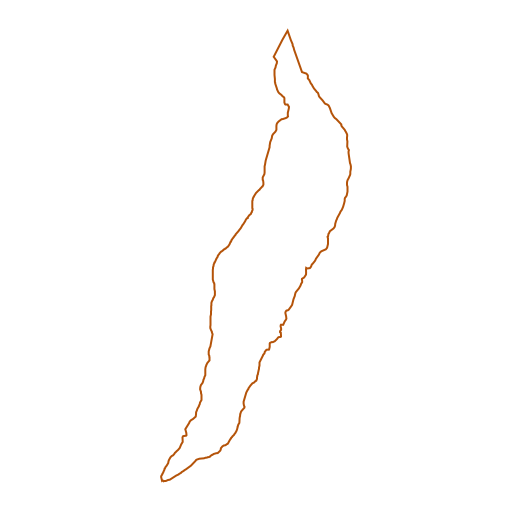 the district of Poas, Alajuela, Costa Rica
{"feature_id": "36466004B26047404335903", "entity_name": "Poas", "entity_type": "district", "adm_level": 2, "iso_a3": "CRI", "parent_name": "Costa Rica", "parent_adm1": "Alajuela", "projection": "equal_earth", "projection_center": [-84.237, 10.106], "detail": "fine", "context": "isolated", "style": "outline", "palette": "amber", "viewbox_px": 512, "rotation_deg": 0, "n_neighbors": 0, "source": "geoboundaries", "source_scale": "gbopen_adm2", "svg_char_len": 6083}
<svg xmlns="http://www.w3.org/2000/svg" viewBox="0 0 512 512"><path d="M287.6,30.7L282.5,39.6L273.7,56.8L277.0,61.4L276.8,63.3L275.9,65.5L275.5,67.5L274.5,69.7L274.5,75.0L274.9,79.1L274.9,82.1L275.2,82.7L275.2,83.5L276.9,88.6L277.0,89.3L278.3,92.1L279.3,93.3L281.5,95.0L282.3,96.0L284.1,97.4L284.4,98.2L284.4,102.5L285.0,104.1L285.4,104.5L287.6,104.5L289.0,106.9L288.8,108.6L287.8,112.8L287.8,115.3L288.0,116.4L287.2,117.3L286.0,118.0L282.7,119.1L281.6,119.2L278.6,121.5L277.7,122.5L277.0,123.4L276.6,124.5L276.4,126.0L276.4,129.7L276.2,130.3L275.3,131.8L273.1,134.1L272.2,135.6L271.7,138.4L270.2,142.1L269.6,145.8L269.6,147.2L265.7,160.5L265.0,164.7L264.6,166.3L264.6,172.4L264.4,174.1L262.7,177.4L262.7,179.9L263.0,180.2L263.2,181.1L263.4,182.9L263.4,184.7L262.5,186.5L262.1,186.6L261.3,187.6L260.2,188.7L259.4,189.9L259.0,190.0L256.0,193.0L254.0,196.2L253.9,196.7L253.5,197.0L252.8,198.7L252.6,200.4L252.3,200.9L252.3,208.2L252.6,208.7L252.6,209.9L251.9,211.4L251.9,212.0L251.3,212.7L251.0,213.8L249.1,215.4L247.7,217.5L247.7,218.1L246.9,218.3L245.9,219.6L245.1,221.3L243.0,224.6L242.6,224.9L240.8,228.1L238.8,230.6L238.6,231.0L235.5,234.5L235.4,235.1L234.3,236.2L233.8,237.1L233.4,237.4L233.2,237.9L232.5,238.6L232.0,239.6L231.6,239.9L231.1,241.4L230.7,241.6L230.6,242.2L230.3,242.4L229.5,244.4L227.9,246.7L226.7,247.5L225.5,248.7L225.1,248.7L224.7,249.1L223.9,249.4L223.3,250.2L222.9,250.3L222.6,250.7L221.5,251.5L221.1,251.6L219.5,253.4L219.3,253.9L218.2,255.2L217.7,256.1L217.7,256.7L216.3,258.8L216.2,259.4L215.9,259.8L215.5,260.8L214.8,262.3L214.4,262.5L214.4,263.1L213.7,264.4L213.5,266.1L213.3,266.4L213.0,267.6L213.0,268.8L212.8,269.7L212.8,279.5L213.6,282.4L214.2,283.2L214.2,283.8L214.4,284.1L214.4,289.0L214.9,291.4L214.9,295.1L213.9,297.4L213.3,298.1L212.8,299.7L211.9,301.3L211.4,302.9L211.4,305.4L211.2,305.9L211.2,310.2L211.0,311.3L211.0,314.3L210.5,316.6L210.5,325.2L210.3,326.3L210.3,328.1L211.0,330.0L211.9,331.8L211.9,332.4L212.6,334.2L210.4,346.4L209.5,348.3L208.7,351.4L208.7,354.5L209.3,355.8L209.3,357.0L209.5,357.2L209.5,360.4L207.4,362.9L206.2,365.3L206.2,365.7L205.6,367.1L205.3,369.3L205.3,375.2L204.4,377.1L204.1,378.5L203.5,379.6L203.1,381.5L202.5,383.0L200.9,385.1L200.3,387.0L200.1,389.3L201.0,391.9L201.0,393.1L201.5,394.9L201.5,400.0L200.0,402.6L199.7,404.3L199.3,404.9L199.0,406.0L198.8,406.1L198.5,407.0L197.9,407.9L197.2,409.3L196.9,410.4L196.1,412.2L196.0,414.5L195.7,416.6L193.0,419.0L191.0,420.2L190.2,421.0L189.5,422.0L189.2,422.9L185.3,429.2L186.3,432.9L186.5,435.2L186.1,435.7L183.2,436.1L182.8,436.7L182.5,437.3L182.7,441.9L181.2,444.4L179.7,448.0L178.0,450.0L176.6,451.2L175.5,452.4L175.0,452.7L174.3,453.9L173.1,455.3L171.6,456.1L170.4,457.4L168.9,460.1L168.5,461.3L168.2,463.1L166.5,465.9L165.6,466.9L164.9,468.5L164.6,468.6L164.3,470.0L163.5,471.6L163.2,472.6L162.4,473.7L162.3,474.4L161.4,475.7L161.1,476.9L162.0,480.6L162.2,480.4L162.7,480.4L163.5,481.3L164.4,481.0L165.8,481.0L168.0,480.0L169.8,479.7L176.3,475.5L178.7,474.4L179.0,474.0L181.1,472.8L181.6,472.1L183.7,470.9L184.4,470.2L185.7,469.5L190.9,465.7L195.5,460.9L196.0,460.1L196.8,459.6L199.5,458.7L204.0,458.3L205.7,457.7L206.7,457.7L208.0,457.1L208.9,457.1L210.2,456.5L210.4,456.0L212.0,454.9L212.4,454.9L213.6,454.0L216.3,453.2L217.7,453.1L220.2,450.7L220.7,449.7L220.9,448.2L222.5,446.3L224.0,445.4L224.9,445.4L226.1,444.8L226.7,444.2L227.6,443.9L228.1,443.2L229.6,440.4L230.6,438.8L231.0,438.5L231.1,437.9L232.1,437.0L232.3,436.5L234.0,434.9L234.4,434.1L235.3,433.1L235.5,432.5L236.1,431.7L237.0,429.6L237.5,427.6L237.5,427.0L237.8,426.7L237.8,426.1L238.2,425.1L238.3,424.5L239.2,423.3L239.4,422.4L239.6,418.2L239.9,416.5L240.1,416.0L240.1,414.8L240.3,414.3L240.3,413.7L240.5,413.4L241.0,411.8L241.5,411.0L244.4,407.7L244.5,406.6L244.0,405.8L243.6,403.5L243.6,401.7L246.3,392.5L247.8,389.6L248.2,389.4L248.5,388.3L250.4,385.6L252.4,383.3L254.1,382.5L255.4,381.1L256.2,380.8L256.4,380.5L256.5,379.9L257.0,378.9L257.0,377.1L257.2,376.6L257.3,375.4L257.9,374.3L257.9,373.7L258.7,369.9L259.0,368.9L259.0,367.7L259.5,365.5L259.5,362.4L263.1,355.2L263.2,354.7L264.4,353.5L264.8,351.8L265.3,351.3L265.8,350.4L266.8,349.7L268.9,349.7L269.1,349.4L269.7,346.9L269.7,343.6L269.9,343.0L271.6,342.1L272.9,342.1L274.8,341.2L277.2,338.8L278.0,337.6L278.8,337.1L280.3,337.0L281.0,336.6L281.0,335.7L280.8,332.7L280.1,332.3L280.0,332.1L280.1,331.1L280.7,330.5L281.1,329.8L281.1,328.3L280.6,326.4L280.7,325.2L281.0,324.7L283.2,324.8L284.7,321.4L286.0,319.6L286.4,318.6L286.1,316.2L285.4,313.2L285.4,312.4L285.7,311.6L286.3,310.7L286.9,310.4L287.7,310.4L288.7,309.7L290.9,306.7L292.1,304.9L293.5,299.2L294.8,295.9L295.0,294.7L295.5,292.8L296.0,291.9L298.9,288.4L300.5,285.6L301.3,283.4L302.0,282.6L302.2,281.9L302.1,280.4L301.9,279.7L302.0,278.8L304.1,277.5L306.0,274.6L306.1,272.7L306.0,269.2L306.2,267.9L307.1,268.5L309.9,268.1L310.8,267.0L311.2,266.2L311.8,264.5L312.6,263.8L314.8,261.1L315.5,259.9L315.9,258.8L318.9,254.6L319.8,252.7L321.3,251.3L325.9,249.3L327.1,247.7L328.0,244.0L328.0,238.2L327.7,237.7L327.6,236.7L328.0,236.5L328.5,233.8L328.9,233.4L329.9,231.2L333.6,228.4L334.7,226.8L335.1,225.4L335.2,223.9L336.2,220.5L336.8,219.3L337.3,217.8L340.0,212.9L340.5,211.6L341.7,210.0L342.3,208.7L343.1,206.8L344.1,203.4L344.7,200.9L344.7,198.9L345.1,197.7L345.9,196.8L346.7,195.5L347.5,191.6L347.5,186.8L347.0,185.0L347.0,182.7L347.2,181.3L347.8,179.6L348.4,178.7L350.1,174.9L350.3,174.0L350.3,171.7L350.8,169.3L350.9,168.1L350.9,166.3L350.5,164.4L350.0,163.1L348.6,153.5L348.5,151.8L348.9,150.1L347.9,148.5L347.2,146.6L347.4,141.4L347.0,139.4L347.0,137.2L347.2,135.9L347.1,134.4L346.0,132.1L345.4,131.2L344.7,129.8L341.7,126.3L341.3,125.2L341.3,124.4L336.3,119.1L334.8,118.0L333.8,116.8L331.6,113.1L329.9,108.1L328.6,105.5L327.4,104.6L325.3,103.8L324.8,103.4L322.6,100.4L319.4,96.9L318.9,96.0L318.5,94.4L317.9,92.8L316.7,91.9L316.2,91.1L314.0,88.5L312.4,85.8L311.9,84.7L310.8,83.4L309.3,80.1L307.8,78.4L307.9,75.9L307.8,75.3L307.0,74.3L306.4,73.6L302.0,72.1L294.1,49.7L293.6,47.6L292.7,45.6L292.6,44.2L290.8,40.0L287.6,30.7Z" fill="none" stroke="#b45309" stroke-width="2"/></svg>